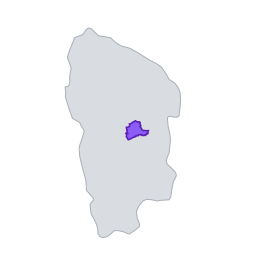 location of Nubi, Tongsa, Bhutan, rotated 81°
{"feature_id": "84629894B54102574648684", "entity_name": "Nubi", "entity_type": "district", "adm_level": 2, "iso_a3": "BTN", "parent_name": "Bhutan", "parent_adm1": "Tongsa", "projection": "mercator", "projection_center": [90.45, 27.625], "detail": "fine", "context": "in_parent", "style": "filled", "palette": "violet", "viewbox_px": 256, "rotation_deg": 81, "n_neighbors": 0, "source": "geoboundaries", "source_scale": "gbopen_adm2", "svg_char_len": 5147}
<svg xmlns="http://www.w3.org/2000/svg" viewBox="0 0 256 256"><g transform="rotate(81 128 128)"><path d="M204.7,110.2L204.3,111.8L202.5,116.1L201.4,120.8L202.3,124.6L206.3,129.1L211.6,132.7L218.4,133.0L224.7,131.6L227.2,132.2L230.6,138.2L233.0,143.5L229.7,148.9L227.9,153.6L227.3,156.9L227.7,158.4L229.7,161.1L232.1,165.7L232.4,170.0L230.9,172.8L227.7,174.2L224.2,173.8L221.4,173.8L217.9,174.3L212.3,175.9L207.2,177.9L197.5,177.5L193.6,173.4L191.8,173.3L183.0,178.8L173.4,177.8L155.9,179.6L148.6,180.1L141.1,179.5L137.3,178.3L130.3,174.5L123.9,171.7L117.4,174.3L115.1,174.7L109.9,181.3L98.6,183.4L87.4,185.0L84.0,184.1L77.7,183.7L77.5,182.2L77.6,180.7L76.2,179.5L73.6,178.3L69.2,177.8L63.5,176.2L60.2,174.6L48.7,176.9L42.0,173.5L34.3,168.8L30.4,166.7L29.0,159.4L27.7,157.0L24.7,154.5L23.0,151.6L24.3,148.6L32.0,143.0L32.6,141.7L36.1,131.2L41.0,127.4L45.8,122.1L49.5,113.7L56.5,105.0L64.2,96.2L69.6,88.9L73.1,85.5L80.4,81.9L86.5,79.8L90.7,74.9L95.8,72.2L101.0,71.0L108.7,71.7L116.1,73.4L124.1,75.8L125.0,77.8L124.3,81.2L123.1,84.7L123.1,86.5L124.3,87.5L132.2,88.1L141.8,87.6L147.1,88.1L159.1,91.3L162.6,93.6L166.3,95.3L169.9,95.0L174.4,91.3L179.2,88.1L182.1,87.6L184.3,88.6L188.1,91.6L196.0,94.5L203.0,96.6L205.3,98.6L204.5,107.3L204.7,110.2Z" fill="#d9dde1" stroke="#a8b0b8" stroke-width="1"/><path d="M133.8,108.1L133.7,108.2L133.8,108.5L133.8,109.0L133.7,109.2L133.6,109.4L133.6,109.6L133.6,109.8L133.5,110.0L133.5,110.4L133.4,110.7L133.3,111.1L133.2,111.3L133.1,111.6L133.1,111.8L133.1,112.0L133.0,112.3L133.0,112.5L133.0,112.8L133.0,113.1L132.8,113.2L132.8,113.3L132.8,113.5L132.7,113.7L132.7,113.8L132.6,114.0L132.4,114.0L132.1,114.2L132.0,114.4L131.6,114.7L131.2,114.6L130.4,114.8L130.2,114.9L130.1,115.0L129.9,115.0L129.7,115.2L129.4,115.4L129.3,115.5L129.2,115.5L128.9,115.4L128.7,115.7L128.6,115.8L128.4,115.7L128.2,115.7L127.9,115.5L127.8,115.3L127.7,115.2L127.5,114.9L127.4,114.9L127.2,115.1L126.8,115.2L126.5,115.5L126.4,115.5L126.2,115.4L125.9,115.4L125.7,115.5L125.4,115.5L125.2,115.6L125.2,115.4L124.9,115.4L124.6,115.1L124.4,115.2L124.2,115.4L123.9,115.6L123.7,115.7L123.6,115.9L123.6,116.2L123.7,116.3L123.5,116.7L123.4,117.1L123.4,117.3L123.5,117.4L123.6,117.6L123.4,117.7L123.4,117.8L123.4,118.0L123.1,118.3L122.9,118.5L122.8,118.9L122.7,118.9L122.6,119.0L122.2,119.2L122.0,119.3L122.0,119.5L122.1,119.8L122.1,120.0L122.3,120.2L122.5,120.4L122.6,120.5L122.6,120.9L122.8,121.0L122.8,121.3L122.7,121.5L122.8,121.6L122.8,121.9L123.0,122.0L123.0,122.3L123.1,122.6L123.3,122.8L123.4,123.2L123.6,123.2L123.6,123.3L123.6,123.5L123.7,123.8L123.8,124.0L124.0,124.1L124.0,124.5L124.1,124.8L124.4,125.2L124.5,125.3L124.4,125.6L124.3,125.9L124.8,125.8L124.9,126.0L125.0,126.0L125.3,126.0L125.6,126.0L125.7,125.9L126.0,126.0L126.3,126.2L126.4,126.3L126.5,126.3L126.5,126.5L126.8,126.7L126.9,126.8L126.9,127.1L126.9,127.3L127.0,127.5L127.2,127.8L127.1,128.1L127.1,128.5L127.1,128.9L127.1,129.1L127.1,129.3L127.0,129.5L127.4,129.6L127.5,129.5L127.9,129.5L128.1,129.5L128.1,129.4L128.3,129.5L128.6,129.5L128.9,129.5L129.1,129.4L129.1,129.5L129.3,129.6L129.6,129.6L129.8,129.5L129.9,129.4L130.0,129.4L130.1,129.5L130.5,129.3L130.9,129.4L131.2,129.5L131.4,129.6L131.6,129.6L131.8,129.7L132.0,129.7L132.4,129.3L132.6,129.2L133.0,129.1L133.3,129.1L133.5,128.9L133.7,129.0L133.6,129.3L133.4,129.3L133.3,129.5L133.1,129.7L133.1,129.8L133.1,130.1L132.9,130.5L132.7,131.1L132.7,131.4L132.6,131.5L132.7,131.3L132.8,131.2L133.1,131.1L133.2,130.9L133.4,130.8L133.5,130.7L134.1,130.4L134.4,130.3L134.5,130.4L135.0,130.5L135.5,130.7L135.6,130.8L136.0,131.0L136.3,131.0L136.5,130.9L136.7,130.7L137.0,130.7L137.3,130.4L137.5,130.4L137.9,130.3L138.0,130.1L138.5,129.9L138.8,129.9L139.0,130.0L139.3,129.8L139.5,129.7L139.4,129.3L139.4,129.2L139.4,128.6L139.5,128.6L139.4,128.4L139.3,128.2L139.2,128.1L139.2,127.8L139.1,127.7L139.1,127.0L139.1,126.8L139.1,126.7L138.9,126.6L138.7,126.2L138.6,125.9L138.5,125.6L138.5,125.4L138.5,125.2L138.3,124.9L138.3,124.7L138.0,124.3L138.0,124.1L138.0,123.9L138.0,123.6L137.9,123.5L138.0,123.3L137.9,123.0L137.9,122.9L137.9,122.7L137.9,122.3L137.8,122.2L137.7,122.1L137.3,122.3L137.3,122.2L137.2,122.0L137.3,121.8L137.2,121.8L137.1,121.5L137.1,121.4L137.2,121.1L137.2,120.9L137.1,120.7L137.0,120.4L137.1,120.2L137.0,119.8L136.9,119.7L137.0,119.5L137.2,119.1L136.9,119.0L136.6,119.0L136.4,119.0L136.4,118.9L136.3,118.7L136.4,118.4L136.6,118.2L136.4,117.7L136.5,117.4L136.6,117.2L136.7,116.9L136.5,116.6L136.7,116.3L136.6,116.2L136.6,115.9L136.6,115.7L136.8,115.5L136.8,115.4L137.1,115.4L137.1,115.5L137.3,115.6L137.5,115.5L137.6,115.3L137.6,115.0L137.5,114.9L137.4,114.8L137.3,114.7L137.3,114.4L137.5,114.3L137.5,114.2L137.8,114.1L137.7,113.8L137.7,113.7L137.9,113.2L137.7,112.8L137.7,112.7L137.3,112.4L137.3,112.0L137.5,112.0L137.5,111.9L137.5,111.5L137.4,111.4L137.5,111.4L137.4,111.3L137.3,111.2L137.2,111.1L137.2,110.9L137.3,110.7L137.2,110.6L137.1,110.4L136.9,110.2L136.7,110.0L136.6,109.8L136.4,109.7L136.6,109.5L136.7,109.4L136.6,109.1L136.4,109.0L136.0,109.1L135.4,108.9L135.2,108.9L134.9,109.0L134.7,109.1L134.4,108.7L134.1,108.4L133.9,108.2L133.8,108.1Z" fill="#8b5cf6" stroke="#5b21b6" stroke-width="1.5"/></g></svg>